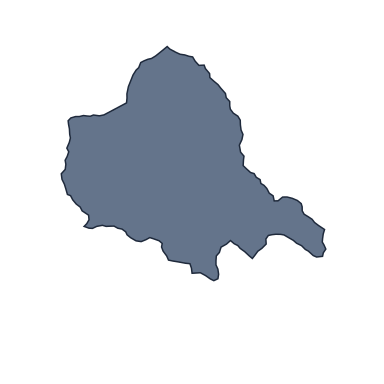 Buritizal, São Paulo, Brazil, rotated 224°
{"feature_id": "56859067B17767714911841", "entity_name": "Buritizal", "entity_type": "district", "adm_level": 2, "iso_a3": "BRA", "parent_name": "Brazil", "parent_adm1": "São Paulo", "projection": "albers", "projection_center": [-47.71, -20.205], "detail": "fine", "context": "isolated", "style": "filled", "palette": "slate", "viewbox_px": 384, "rotation_deg": 224, "n_neighbors": 0, "source": "geoboundaries", "source_scale": "gbopen_adm2", "svg_char_len": 2327}
<svg xmlns="http://www.w3.org/2000/svg" viewBox="0 0 384 384"><g transform="rotate(224 192 192)"><path d="M53.4,236.4L55.3,239.5L56.1,243.9L60.3,245.6L63.5,246.5L65.7,249.2L68.4,252.9L70.6,257.1L77.7,255.8L82.7,255.2L86.7,255.8L91.5,254.9L95.9,253.9L99.6,255.0L102.5,257.9L105.4,259.5L110.3,259.1L115.5,257.1L120.2,254.4L123.3,251.3L124.0,245.4L126.7,242.7L131.0,245.6L135.6,244.8L140.6,246.5L144.8,246.8L148.4,246.0L151.6,248.2L156.0,247.2L160.1,248.4L163.4,246.7L168.7,246.5L173.5,246.5L177.3,250.9L179.5,253.9L184.7,254.4L190.5,258.6L192.5,264.4L195.3,268.8L199.8,270.7L203.8,273.9L207.2,277.2L211.7,278.4L217.1,277.4L221.9,278.2L224.6,280.1L227.7,283.3L232.9,283.6L236.4,286.1L243.7,286.7L247.8,287.3L253.3,286.9L258.6,286.7L261.6,289.4L268.1,290.1L271.4,291.7L275.0,287.9L280.6,288.3L285.4,289.6L288.5,287.5L292.4,285.6L296.3,282.8L300.9,281.2L307.3,279.4L310.9,279.4L311.4,274.9L312.1,269.0L312.7,264.5L313.9,259.9L315.9,256.9L317.6,253.1L318.8,249.5L316.7,244.4L316.9,240.9L315.7,235.2L313.4,229.6L311.0,223.7L307.0,217.4L304.0,214.4L301.0,210.6L308.9,186.3L311.5,182.5L316.4,178.9L317.8,175.8L320.5,173.6L323.2,171.6L325.4,168.1L328.1,165.5L330.6,161.1L330.6,157.2L327.8,154.9L324.1,152.3L320.0,148.5L317.0,146.4L314.7,142.4L312.5,136.6L308.6,135.3L306.5,130.9L305.3,126.7L302.0,124.3L298.9,120.2L298.7,114.3L294.3,110.8L289.3,109.0L285.1,106.7L279.9,103.7L276.8,105.0L272.3,103.5L266.8,102.9L262.0,103.5L257.9,102.1L250.3,103.5L246.8,100.5L245.7,96.2L245.7,92.3L241.0,94.4L238.3,96.7L236.7,101.0L233.3,105.8L229.9,107.6L226.9,110.8L224.4,113.3L220.2,114.4L216.6,116.7L212.0,117.3L209.0,116.1L204.3,116.5L198.3,118.0L194.1,121.0L192.0,125.7L190.7,129.9L186.8,131.8L181.7,134.1L177.7,134.3L175.7,131.3L171.7,129.4L165.7,128.4L161.6,126.7L157.9,129.0L153.3,132.2L147.1,136.3L143.7,139.0L139.6,136.9L135.5,133.6L129.9,139.7L124.2,141.3L118.4,142.2L114.7,143.4L113.1,147.6L115.7,151.3L119.8,154.5L124.1,156.2L127.0,159.2L130.1,162.9L130.3,167.5L132.8,172.5L131.0,178.5L130.6,183.8L125.7,184.1L121.9,185.3L118.2,184.9L112.7,185.7L106.5,185.8L102.4,186.1L102.8,190.0L103.5,195.1L102.6,199.9L102.5,206.1L106.2,209.5L106.9,213.8L104.7,217.0L102.3,219.9L98.7,223.2L96.0,225.0L85.5,227.6L81.2,227.8L75.9,229.5L70.6,229.4L67.3,230.3L60.6,230.5L57.2,231.8L53.4,236.4Z" fill="#64748b" stroke="#1e293b" stroke-width="1.5"/></g></svg>